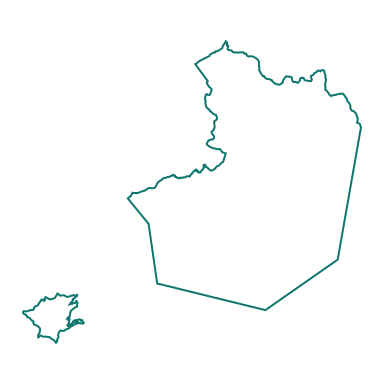 outline of Guevea de Humboldt, Oaxaca, Mexico
{"feature_id": "50627088B66942360920108", "entity_name": "Guevea de Humboldt", "entity_type": "district", "adm_level": 2, "iso_a3": "MEX", "parent_name": "Mexico", "parent_adm1": "Oaxaca", "projection": "orthographic", "projection_center": [-95.455, 16.84], "detail": "fine", "context": "isolated", "style": "outline", "palette": "teal", "viewbox_px": 384, "rotation_deg": 0, "n_neighbors": 0, "source": "geoboundaries", "source_scale": "gbopen_adm2", "svg_char_len": 5773}
<svg xmlns="http://www.w3.org/2000/svg" viewBox="0 0 384 384"><path d="M310.9,76.1L311.1,77.5L311.9,79.7L311.3,80.7L310.8,81.2L309.9,81.2L307.1,80.6L306.4,80.7L304.6,80.0L303.6,77.9L302.6,77.7L300.4,78.2L300.0,80.2L299.5,81.1L298.0,82.7L296.5,82.5L295.8,81.8L293.9,82.1L293.0,81.7L292.5,80.9L292.1,79.8L291.8,77.9L291.1,76.9L289.1,76.6L288.1,76.7L286.4,76.3L284.9,77.5L284.2,78.9L283.3,80.0L283.0,80.7L282.8,82.6L279.6,84.7L278.9,84.8L278.2,84.5L275.5,83.9L273.7,82.6L272.6,81.3L271.9,80.9L271.6,79.9L270.1,79.6L268.9,79.0L267.2,79.0L266.2,78.5L264.5,77.3L264.3,76.2L262.8,76.0L261.0,73.5L259.2,70.3L259.4,66.9L258.9,66.1L259.2,63.7L258.7,61.0L257.7,59.6L256.1,58.3L253.4,56.7L251.1,56.2L248.4,56.5L247.2,55.8L246.2,54.2L246.1,53.7L244.5,53.8L243.3,52.3L240.1,52.3L237.7,52.7L237.0,52.7L236.5,52.4L235.1,52.5L232.9,52.1L231.7,50.7L230.4,50.1L228.6,50.1L227.6,49.2L228.3,45.8L226.9,45.6L226.8,44.7L227.3,43.2L226.9,42.5L225.8,41.3L224.9,43.1L223.0,45.6L222.3,48.0L220.9,49.2L219.4,49.9L219.0,50.4L218.2,50.8L216.5,51.3L215.3,51.4L215.1,52.4L213.1,52.8L209.9,54.7L209.6,55.8L198.8,61.4L197.0,63.1L195.3,64.1L207.8,81.2L207.0,82.1L206.8,83.3L209.3,87.1L210.6,88.0L211.8,89.7L211.4,90.6L210.1,94.5L208.9,95.1L207.8,94.9L207.0,94.2L206.1,94.4L205.3,96.4L205.0,99.7L205.4,100.4L205.7,101.8L205.4,103.7L206.3,106.8L207.3,108.2L209.3,109.6L210.1,111.3L210.6,111.3L211.4,112.0L211.9,112.7L213.3,113.8L215.0,114.8L215.8,114.8L216.2,115.4L217.0,117.8L216.9,118.9L216.3,119.9L215.3,120.7L214.3,121.2L214.0,122.1L214.3,122.5L214.4,124.6L214.7,127.0L214.5,127.9L214.0,128.7L213.4,130.2L211.7,131.6L211.5,132.7L211.8,133.3L213.2,135.2L214.0,136.0L214.1,138.0L212.7,139.4L210.3,139.7L209.2,140.1L208.1,141.1L207.4,142.3L206.8,143.6L206.9,144.5L209.3,146.5L212.1,147.9L217.2,149.1L218.6,149.2L219.8,149.0L220.7,149.9L222.2,152.2L225.7,153.4L223.1,162.0L221.9,162.5L219.0,165.5L217.4,166.0L216.5,166.8L214.8,168.9L211.8,170.7L210.2,170.3L206.4,166.8L204.8,164.6L204.1,164.8L203.6,165.4L203.5,165.9L204.0,166.1L204.5,167.2L203.2,168.3L202.6,169.8L201.6,170.5L200.7,172.0L200.1,172.6L199.0,172.6L198.9,172.1L197.2,171.7L197.1,171.4L197.4,170.9L196.4,170.7L196.6,169.9L196.2,169.5L195.6,169.7L194.9,170.7L193.6,171.2L193.6,171.7L192.5,172.7L191.8,174.0L191.3,174.1L190.7,174.7L190.5,175.4L189.9,175.8L189.9,176.4L189.5,176.5L189.1,176.3L187.8,176.4L187.0,176.2L185.4,177.3L183.6,177.3L183.1,177.7L181.5,177.7L180.9,178.1L179.8,177.7L179.0,178.3L178.1,177.8L177.2,177.9L176.5,177.0L175.3,176.9L174.9,176.6L174.7,176.3L175.1,175.8L175.0,175.5L174.7,175.3L174.0,175.3L173.7,175.6L173.2,175.4L172.8,174.9L171.4,175.9L170.4,176.1L169.9,176.7L166.3,177.4L165.6,177.9L163.4,178.1L161.8,179.8L158.3,181.8L157.2,183.4L155.8,186.7L154.0,188.1L152.9,188.3L149.7,188.0L148.4,188.1L145.3,190.4L141.1,191.6L138.0,193.0L134.0,193.0L132.5,192.7L130.8,196.0L127.8,198.4L148.6,223.9L157.2,283.5L265.4,310.1L337.7,259.6L361.0,127.1L360.3,125.8L360.0,124.2L359.4,123.6L357.5,123.0L357.0,122.5L357.6,120.5L357.8,118.7L357.6,117.6L357.0,117.0L356.6,115.6L356.7,114.9L356.2,113.8L353.9,111.3L352.2,110.8L351.1,109.9L350.7,109.0L350.4,107.7L350.3,105.6L349.5,103.5L347.1,100.8L346.9,98.8L345.5,97.3L344.6,95.6L343.7,94.6L343.3,93.8L340.6,93.7L337.5,94.3L334.9,95.0L331.9,95.5L331.3,96.1L329.4,94.7L329.3,94.2L328.7,93.5L327.0,91.0L325.5,90.0L325.2,89.4L325.6,87.6L325.0,85.6L325.5,82.0L326.0,80.3L326.0,79.1L325.3,77.8L325.5,75.5L324.6,73.2L324.3,71.0L323.8,70.4L321.9,70.1L321.4,70.3L320.5,71.3L318.0,70.5L317.2,71.1L316.6,72.0L314.1,73.3L313.8,74.2L313.2,75.0L312.2,75.2L310.9,76.1ZM55.1,297.6L53.3,298.6L50.5,299.4L49.4,299.2L48.0,298.4L47.4,298.3L45.7,297.1L45.1,297.8L44.6,298.9L44.8,300.4L44.2,300.8L43.6,300.8L43.0,299.7L41.8,299.5L40.8,300.4L40.8,301.0L38.8,303.2L38.7,303.8L38.2,304.9L37.0,305.9L36.0,306.0L34.4,307.1L33.8,308.1L33.8,309.3L33.0,309.8L32.1,310.0L29.5,310.2L28.2,311.1L27.2,311.3L25.9,311.4L23.8,311.1L23.1,311.9L23.0,312.6L23.1,313.0L24.1,314.1L25.4,314.5L26.8,315.6L27.2,317.1L27.7,317.4L28.5,317.3L29.4,317.7L30.9,319.5L32.2,320.7L33.4,321.4L33.4,323.3L34.0,324.4L37.8,326.1L39.8,328.2L40.1,329.3L39.9,331.2L39.6,332.6L38.6,334.2L38.1,335.5L38.2,337.3L39.1,336.8L40.4,335.6L40.8,335.5L43.2,336.7L44.5,336.5L49.7,337.2L51.6,338.9L53.3,339.7L55.2,341.6L56.0,342.7L57.1,341.6L57.2,339.5L58.5,337.1L58.0,335.3L58.9,332.4L60.1,330.6L60.8,330.5L62.2,330.9L63.9,330.8L64.9,330.3L65.2,329.8L65.7,329.5L67.4,329.0L68.7,328.4L69.7,327.7L70.3,326.8L72.3,325.8L72.9,325.2L76.0,323.9L78.0,323.2L79.3,323.0L80.6,323.4L82.7,323.6L83.5,323.2L83.8,322.6L83.0,321.7L82.3,321.2L81.9,320.7L82.1,320.3L81.4,319.9L81.3,320.2L80.7,320.5L80.6,320.0L79.3,319.4L78.4,319.4L77.7,319.6L77.3,320.0L76.5,320.4L75.7,320.1L74.9,320.1L74.7,320.3L75.4,320.8L75.8,320.8L76.5,321.2L77.4,320.8L77.7,321.3L77.8,322.0L77.6,322.2L77.2,321.5L76.4,321.9L75.7,321.5L75.2,322.0L74.7,321.8L74.4,321.3L73.4,321.2L73.1,321.5L73.2,321.8L73.1,322.1L73.1,322.6L72.8,322.8L72.8,323.1L71.9,323.4L71.4,323.9L71.1,323.9L70.8,324.2L70.3,324.3L69.6,324.9L69.3,325.7L67.9,326.1L67.4,325.1L68.8,323.9L68.7,323.0L69.0,321.9L69.3,321.5L69.3,320.9L68.5,320.2L69.4,319.5L69.6,319.1L69.6,318.5L69.1,318.3L67.3,318.9L67.0,318.8L67.3,318.2L69.8,316.0L70.1,315.1L70.0,313.4L70.6,312.0L70.8,311.0L71.6,310.3L72.2,309.5L73.0,309.1L75.2,307.4L77.0,306.7L77.3,306.0L77.0,305.4L77.4,302.7L77.0,302.1L77.0,301.5L76.3,301.0L75.7,302.3L75.2,302.8L74.7,303.0L72.9,303.4L72.5,303.8L71.9,303.7L69.9,304.3L70.6,303.3L70.7,302.7L71.8,302.3L72.5,300.3L72.9,300.3L73.1,298.8L74.3,298.5L74.9,297.6L77.1,295.8L77.2,295.5L77.0,294.9L76.0,295.5L75.0,295.8L73.3,295.0L72.6,295.5L71.5,295.6L69.6,296.4L67.2,296.9L66.2,296.7L65.2,295.9L63.9,295.2L60.1,295.7L59.3,295.1L58.4,293.9L57.3,293.6L57.0,294.0L56.9,294.6L55.1,297.6Z" fill="none" stroke="#0f766e" stroke-width="2"/></svg>